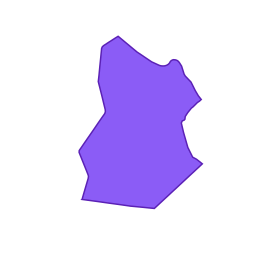 SVG path tracing the border of Ma`an, rotated 137°
{"feature_id": "JOR-853", "entity_name": "Ma`an", "entity_type": "Province", "adm_level": 1, "iso_a3": "JOR", "parent_name": "Jordan", "parent_adm1": "", "projection": "natural_earth1", "projection_center": [36.363, 30.219], "detail": "fine", "context": "isolated", "style": "filled", "palette": "violet", "viewbox_px": 256, "rotation_deg": 137, "n_neighbors": 0, "source": "natural_earth", "source_scale": "10m", "svg_char_len": 1215}
<svg xmlns="http://www.w3.org/2000/svg" viewBox="0 0 256 256"><g transform="rotate(137 128 128)"><path d="M163.6,51.2L171.4,60.1L179.4,69.1L179.6,69.3L179.8,69.6L180.0,69.8L180.2,70.1L186.9,78.4L193.7,86.7L200.4,95.0L207.2,103.3L210.3,107.1L210.2,107.1L209.8,107.4L205.3,110.1L197.9,114.5L191.3,118.4L189.8,119.7L189.1,121.0L187.3,125.6L185.1,131.3L183.1,136.5L180.4,143.5L179.0,144.8L171.8,146.4L163.6,148.2L154.8,150.1L146.0,152.1L140.5,153.3L135.2,154.4L133.5,155.3L132.1,157.0L128.7,163.1L125.8,168.2L122.0,175.1L118.1,182.2L113.3,186.3L106.2,192.6L99.7,198.3L93.0,204.2L91.4,204.9L89.7,204.9L83.3,203.8L76.2,202.5L72.7,201.8L72.6,201.2L69.6,177.5L65.6,160.3L62.4,152.5L61.5,151.0L60.4,149.8L59.2,148.7L58.0,148.0L56.9,147.5L55.0,147.1L53.4,147.2L52.7,147.4L51.9,147.7L50.9,147.8L50.0,147.7L49.0,147.4L48.1,146.9L47.4,146.1L46.8,145.4L46.3,144.5L46.0,143.8L45.7,142.4L45.9,140.4L46.6,136.7L50.2,129.2L50.7,127.0L50.6,118.6L53.3,109.5L54.6,103.6L55.0,98.9L57.4,98.9L59.9,99.3L66.0,99.1L68.1,99.3L73.8,98.5L78.2,97.4L79.0,96.8L79.7,96.2L80.4,95.6L81.1,95.5L81.7,95.5L83.4,96.2L85.6,95.3L90.3,87.1L97.5,73.0L100.6,62.6L99.2,58.4L98.1,51.1L163.6,51.2Z" fill="#8b5cf6" stroke="#5b21b6" stroke-width="1.5"/></g></svg>